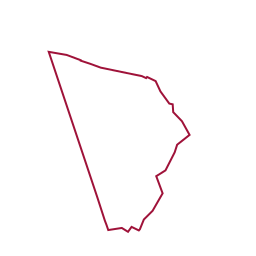 outline of Catawba, North Carolina, United States of America, rotated 69°
{"feature_id": "52423323B42498482903221", "entity_name": "Catawba", "entity_type": "district", "adm_level": 2, "iso_a3": "USA", "parent_name": "United States of America", "parent_adm1": "North Carolina", "projection": "robinson", "projection_center": [-81.208, 35.687], "detail": "fine", "context": "isolated", "style": "outline", "palette": "rose", "viewbox_px": 256, "rotation_deg": 69, "n_neighbors": 0, "source": "geoboundaries", "source_scale": "gbopen_adm2", "svg_char_len": 560}
<svg xmlns="http://www.w3.org/2000/svg" viewBox="0 0 256 256"><g transform="rotate(69 128 128)"><path d="M28.5,174.7L181.9,181.5L206.2,182.8L210.5,182.8L216.2,183.0L219.1,169.6L224.9,165.2L221.6,160.1L227.5,154.6L226.8,153.2L219.1,146.0L214.1,134.7L201.4,119.1L183.1,118.9L181.0,108.2L167.4,93.1L161.2,88.1L156.5,73.0L141.0,75.2L129.4,80.1L121.9,77.8L120.0,80.7L105.5,84.6L94.1,85.4L87.2,91.9L87.9,93.2L84.5,96.5L76.1,109.7L64.0,128.5L61.9,131.8L54.5,140.3L48.2,148.0L47.8,147.8L37.8,159.1L28.5,174.7Z" fill="none" stroke="#9f1239" stroke-width="2"/></g></svg>